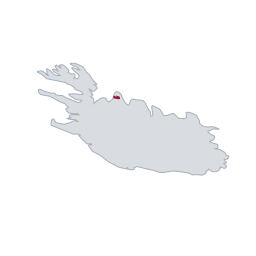 location of Sveitarfélagið Skagaströnd, Norðurland vestra, Iceland, rotated 24°
{"feature_id": "244011B17586381133924", "entity_name": "Sveitarfélagið Skagaströnd", "entity_type": "district", "adm_level": 2, "iso_a3": "ISL", "parent_name": "Iceland", "parent_adm1": "Norðurland vestra", "projection": "robinson", "projection_center": [-20.221, 65.865], "detail": "fine", "context": "in_parent", "style": "filled", "palette": "rose", "viewbox_px": 256, "rotation_deg": 24, "n_neighbors": 0, "source": "geoboundaries", "source_scale": "gbopen_adm2", "svg_char_len": 4342}
<svg xmlns="http://www.w3.org/2000/svg" viewBox="0 0 256 256"><g transform="rotate(24 128 128)"><path d="M194.1,95.7L196.3,95.8L199.9,94.9L204.9,92.4L207.1,91.9L212.1,91.9L206.1,94.3L204.0,97.0L202.4,98.3L202.4,98.8L206.7,100.4L208.8,99.9L209.7,100.1L210.5,100.9L211.2,102.4L210.9,103.9L209.7,105.5L208.1,106.8L208.3,107.2L209.7,107.4L216.7,106.6L217.6,108.6L218.2,109.2L218.1,109.9L215.4,111.9L218.6,110.6L221.2,110.3L225.7,110.9L227.6,111.6L228.7,113.0L230.9,112.6L232.0,113.3L232.0,114.1L231.2,116.3L228.6,117.4L230.3,119.0L231.6,119.0L231.9,119.4L231.8,120.3L229.8,121.4L233.2,122.6L233.7,123.1L233.5,124.5L233.0,125.3L232.0,125.8L229.6,125.9L228.1,126.4L228.7,127.3L228.3,129.8L226.5,131.8L224.7,132.9L223.0,133.6L218.1,132.8L218.4,134.6L216.6,135.7L217.0,136.6L217.7,137.0L217.4,138.2L215.3,140.6L213.7,141.4L210.6,142.3L206.2,144.5L201.6,144.5L190.4,147.6L186.0,149.3L178.2,154.4L174.8,155.7L169.1,156.3L151.8,159.6L149.9,161.6L149.8,162.1L150.6,162.8L149.3,164.3L146.7,165.3L145.4,165.3L143.3,164.4L143.0,164.8L143.9,165.9L135.4,167.6L123.6,166.7L113.2,164.2L104.9,163.7L99.1,160.3L99.0,159.8L99.6,158.7L101.7,158.3L100.7,157.3L97.2,159.1L96.0,159.0L94.5,158.3L94.5,157.6L91.5,157.3L86.5,155.1L86.1,154.6L87.3,153.9L87.1,153.8L84.4,153.9L80.4,155.9L56.7,156.7L55.9,155.6L55.0,151.7L55.9,150.0L56.9,150.2L59.6,152.4L65.9,151.2L68.5,150.3L70.9,148.2L72.3,147.5L74.2,144.8L76.2,143.1L80.2,142.3L76.6,141.8L70.6,144.0L68.6,144.0L69.6,143.1L71.6,142.0L70.2,141.9L69.7,141.4L69.7,140.4L70.7,138.8L77.8,135.9L76.1,135.4L71.3,137.6L67.7,138.3L64.8,137.3L63.5,136.0L63.6,135.4L65.3,133.6L65.0,133.3L63.9,133.1L60.8,131.5L55.8,131.7L43.7,130.8L34.4,133.0L32.2,132.0L30.5,129.7L30.9,128.9L32.5,128.4L37.0,128.5L43.6,127.4L46.7,126.1L47.8,126.5L48.4,127.1L52.5,126.1L54.7,125.0L58.3,125.6L72.0,125.0L73.8,123.6L74.6,121.9L74.3,121.5L69.2,123.1L68.1,123.1L62.2,122.2L60.1,121.3L60.9,120.6L64.0,119.0L71.9,116.3L73.0,115.7L73.1,115.1L70.0,113.9L64.1,114.3L62.6,112.9L57.7,112.1L54.5,112.6L52.7,111.8L33.4,116.1L27.2,114.1L22.7,113.8L22.3,113.2L25.0,111.3L26.8,110.9L28.6,111.1L31.9,112.4L34.3,112.8L31.4,110.9L31.3,109.0L30.4,108.6L29.6,107.3L29.9,106.9L33.5,107.2L39.0,109.3L41.8,108.9L45.5,107.6L37.4,106.8L35.0,105.1L36.8,104.2L40.9,104.3L36.4,101.4L36.2,100.9L37.0,99.6L42.8,100.8L39.8,99.1L39.7,98.7L40.6,98.4L41.1,97.3L42.5,96.9L45.4,97.2L50.0,99.2L50.6,99.8L50.7,101.8L52.5,101.5L54.6,101.8L56.4,100.4L57.6,100.7L58.6,102.0L58.4,104.7L59.7,103.7L61.8,103.6L62.2,101.4L61.8,99.6L54.9,97.6L52.2,96.1L52.5,95.6L53.9,95.1L61.1,94.8L58.1,93.9L57.3,93.0L51.8,93.3L49.1,93.0L49.0,92.5L50.1,91.8L53.5,90.4L59.8,90.3L62.3,90.7L67.2,93.7L71.0,95.0L77.5,99.1L81.7,100.7L81.9,101.1L81.2,101.6L79.6,102.2L82.1,102.9L83.6,104.0L83.7,104.4L82.3,107.8L80.7,108.9L76.8,108.2L77.7,109.3L80.5,110.4L81.1,111.1L80.7,111.7L82.0,111.5L82.4,111.8L81.8,113.7L81.1,114.4L83.4,114.8L85.0,115.8L86.9,119.6L88.0,116.6L88.5,115.6L89.5,115.2L90.6,112.2L93.2,110.4L95.6,109.7L98.2,111.8L100.0,112.0L101.9,108.3L102.1,105.6L101.5,102.7L101.9,100.5L103.1,99.3L104.7,98.9L108.2,100.1L111.1,103.1L115.5,106.3L118.6,107.1L119.1,107.0L119.6,106.0L119.2,101.7L120.6,99.5L124.2,98.9L129.6,96.9L130.8,96.8L133.5,98.0L138.4,102.3L141.9,104.2L143.7,107.4L144.5,108.0L145.3,107.0L145.3,105.6L141.0,99.1L141.0,98.2L141.4,97.5L148.9,97.8L150.5,98.5L155.8,102.3L158.3,100.7L163.3,96.3L165.0,96.5L169.4,98.3L171.1,98.1L176.1,96.5L177.1,94.5L174.8,90.3L175.7,89.4L180.3,88.4L185.4,88.6L190.7,92.5L191.0,94.3L194.1,95.7Z" fill="#d9dde1" stroke="#a8b0b8" stroke-width="1"/><path d="M107.1,103.5L106.9,103.5L106.5,103.6L105.9,103.7L105.7,103.7L105.8,103.7L105.7,103.7L105.8,103.7L105.8,103.8L105.7,103.8L105.8,103.9L105.8,104.0L105.7,104.0L105.5,104.3L105.4,104.4L105.3,104.5L105.2,104.6L105.1,104.8L104.8,104.9L104.7,104.9L102.7,104.9L102.7,105.0L102.8,105.2L102.8,105.3L102.7,105.4L102.7,105.5L102.6,105.8L102.6,105.7L102.8,105.7L102.8,105.8L103.0,105.9L103.3,105.8L103.5,105.8L103.5,105.7L103.7,105.8L103.8,105.7L104.0,105.7L104.3,105.5L104.5,105.5L104.5,105.4L104.8,105.4L105.0,105.3L105.3,105.3L105.5,105.3L105.8,105.3L106.0,105.3L106.1,105.2L106.3,105.2L106.5,105.2L106.7,104.9L106.8,104.9L107.0,104.8L107.3,104.8L107.5,104.7L107.7,104.3L107.7,104.2L107.8,104.2L107.7,104.0L107.6,103.9L107.4,103.9L107.2,103.7L107.1,103.5Z" fill="#f43f5e" stroke="#9f1239" stroke-width="1.5"/></g></svg>